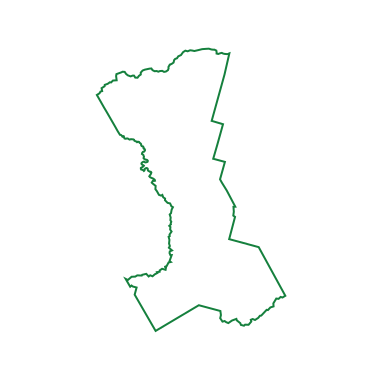 outline of Fresno, California, United States of America, rotated 285°
{"feature_id": "52423323B20293708991619", "entity_name": "Fresno", "entity_type": "district", "adm_level": 2, "iso_a3": "USA", "parent_name": "United States of America", "parent_adm1": "California", "projection": "natural_earth1", "projection_center": [-119.494, 36.746], "detail": "fine", "context": "isolated", "style": "outline", "palette": "green", "viewbox_px": 384, "rotation_deg": 285, "n_neighbors": 0, "source": "geoboundaries", "source_scale": "gbopen_adm2", "svg_char_len": 4206}
<svg xmlns="http://www.w3.org/2000/svg" viewBox="0 0 384 384"><g transform="rotate(285 192 192)"><path d="M75.1,258.7L74.8,261.0L78.2,263.9L80.9,267.7L79.6,268.5L77.8,272.6L76.3,273.6L76.3,276.8L77.6,277.6L78.4,281.0L82.2,282.8L83.8,281.9L85.0,283.5L84.7,286.0L87.6,288.6L90.0,289.6L90.6,290.9L97.5,294.6L97.6,295.9L100.8,297.6L102.6,300.4L105.5,299.4L110.9,301.0L111.2,303.3L113.6,304.8L113.5,306.7L115.9,309.0L156.0,270.7L156.1,240.1L179.1,240.0L179.9,238.0L183.8,237.5L188.4,235.9L189.0,237.6L199.5,227.9L202.5,225.1L208.8,218.4L211.5,215.8L229.6,216.0L229.6,203.9L244.2,204.2L253.9,204.3L265.5,204.4L265.8,192.6L313.8,193.0L335.6,192.2L335.4,191.9L334.9,191.8L334.5,190.9L334.1,189.3L333.8,187.5L333.8,186.1L334.1,184.8L333.7,184.0L332.9,182.7L332.1,181.6L332.1,179.9L333.1,179.7L334.9,178.9L335.3,176.8L334.9,175.3L334.7,173.8L334.8,171.2L333.8,168.2L332.6,164.8L330.7,161.4L328.8,157.8L328.7,155.6L328.4,153.5L326.8,151.4L326.8,149.0L324.8,147.2L321.4,145.9L319.5,143.6L317.3,142.9L316.2,141.3L314.8,140.6L312.3,140.7L310.8,139.5L309.9,138.5L309.7,138.0L309.2,137.5L308.7,137.6L307.6,137.1L306.6,136.9L305.3,137.4L303.4,137.2L301.6,135.6L300.8,133.9L301.3,131.9L300.5,129.7L299.5,128.3L299.7,126.6L299.0,124.6L299.5,122.3L300.8,120.8L300.1,118.9L299.0,116.8L298.0,114.8L296.6,112.9L294.1,111.6L292.2,112.1L290.5,110.7L288.3,109.8L287.8,107.6L289.4,105.9L289.1,104.6L287.8,102.8L288.1,99.7L289.1,97.6L290.6,95.9L290.2,93.8L289.3,92.8L288.8,92.1L286.3,88.5L284.3,88.7L280.4,90.3L279.2,86.8L276.9,85.5L276.7,84.2L274.7,82.6L272.9,80.0L271.5,80.2L268.9,77.8L266.2,79.1L265.3,77.6L263.4,77.1L261.1,75.0L258.1,78.0L250.8,85.2L247.3,88.8L240.5,95.6L235.6,100.5L231.5,104.5L230.2,105.9L228.6,107.6L228.7,108.7L228.2,109.6L227.5,110.4L228.1,110.8L228.3,111.5L227.9,111.9L227.6,111.9L227.2,112.1L226.9,112.4L226.2,113.0L226.3,114.3L226.5,114.5L226.8,115.1L227.0,115.8L227.0,116.2L226.9,116.6L226.7,117.1L226.6,117.6L226.5,118.3L226.7,118.6L227.1,119.1L227.3,119.6L227.3,120.1L227.4,120.7L227.6,121.2L227.6,122.0L227.4,122.6L226.7,123.0L226.5,123.7L226.4,124.1L226.4,124.8L226.3,125.4L226.0,125.9L225.9,126.0L226.1,126.4L226.5,126.6L226.7,127.5L226.6,128.0L226.2,128.4L225.9,128.7L225.8,129.2L225.7,129.5L225.5,129.9L225.2,130.3L224.8,130.6L224.3,130.7L223.9,130.9L223.6,131.2L223.3,131.6L223.3,132.3L223.3,133.0L222.9,133.4L222.4,133.6L221.9,133.7L221.6,134.0L221.7,134.5L221.3,135.0L220.8,135.1L220.5,135.7L219.9,135.8L218.6,135.3L218.1,134.3L217.1,133.8L215.8,133.8L215.2,135.4L213.6,136.5L212.8,136.5L212.5,136.4L212.2,136.4L211.8,136.9L211.4,138.1L211.2,139.2L211.4,139.7L211.4,140.0L211.2,140.6L210.6,141.3L209.6,141.2L208.8,140.0L208.5,139.2L208.6,138.5L208.9,137.7L208.7,137.3L208.1,136.6L207.2,135.9L206.4,135.8L205.7,136.3L205.4,137.4L205.1,138.4L205.0,138.7L204.5,138.6L204.2,138.3L203.5,137.9L202.8,137.2L202.0,136.4L201.1,136.6L200.6,137.0L200.6,137.9L200.5,138.8L200.2,139.7L199.9,140.1L200.5,140.5L201.2,140.5L201.9,140.3L202.7,140.9L203.1,141.3L203.4,141.9L203.4,142.4L203.1,143.1L202.6,143.4L202.1,143.5L201.7,143.7L201.2,144.2L201.0,144.8L200.9,145.4L200.6,146.2L200.9,146.8L200.7,147.3L200.3,147.7L199.8,147.7L198.3,147.5L197.2,147.0L196.1,146.7L195.4,147.7L195.2,148.8L194.9,151.1L194.2,152.8L193.3,153.3L192.9,152.5L192.7,151.3L190.6,150.7L189.9,152.0L188.5,155.3L185.3,155.9L184.7,156.6L183.8,157.8L180.7,160.8L180.5,163.1L181.5,164.1L179.4,165.6L178.7,167.7L177.1,168.0L175.2,171.2L175.3,173.8L172.9,175.8L172.4,177.5L169.8,176.9L166.1,177.2L164.5,176.3L161.8,178.0L159.2,178.4L157.9,179.7L156.2,179.5L155.3,180.0L153.4,178.8L152.6,180.2L150.1,180.6L148.5,182.5L145.1,181.3L143.6,181.9L142.7,181.0L139.9,182.6L136.2,183.2L134.1,184.6L132.2,184.1L130.4,187.8L128.9,185.9L127.2,186.1L125.4,187.5L125.8,188.7L119.5,188.2L118.9,189.6L117.8,187.6L113.9,186.7L112.4,184.7L112.9,186.4L110.0,186.6L110.1,183.0L107.9,181.1L106.6,181.4L105.5,178.9L104.8,179.5L102.9,177.4L100.4,175.7L100.7,173.2L99.2,172.0L101.1,169.0L99.1,165.3L98.3,165.1L97.3,160.7L95.6,159.1L94.5,155.6L90.4,152.8L90.9,150.4L84.5,156.8L86.0,157.8L85.4,159.2L85.4,163.2L78.0,163.2L48.4,192.8L84.4,227.9L84.4,250.2L80.6,251.8L77.4,251.9L74.7,255.0L75.8,256.9L75.1,258.7Z" fill="none" stroke="#15803d" stroke-width="2"/></g></svg>